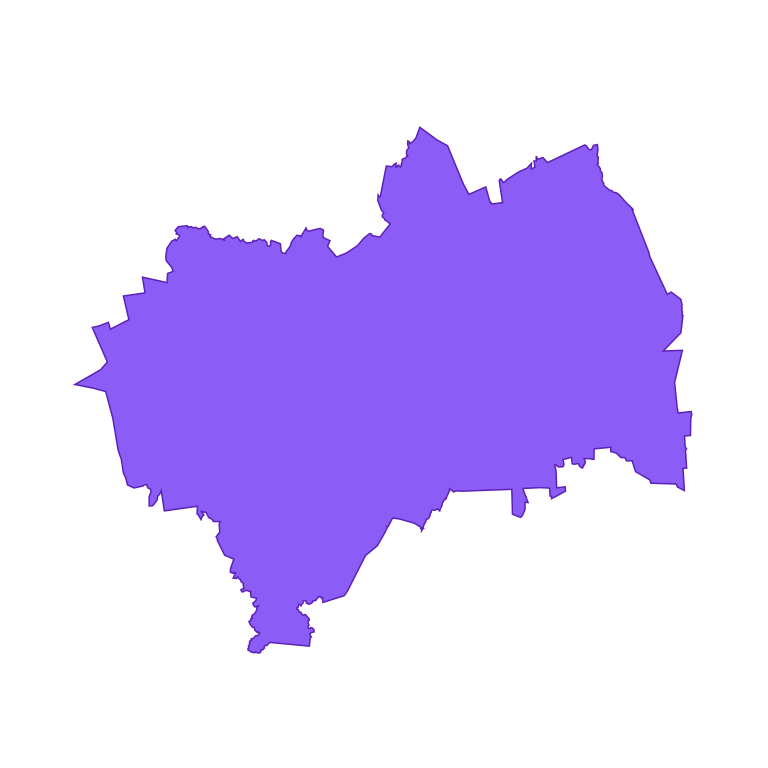 Guanajuato, Guanajuato, Mexico (Robinson projection), rotated 262°
{"feature_id": "50627088B24984367263380", "entity_name": "Guanajuato", "entity_type": "district", "adm_level": 2, "iso_a3": "MEX", "parent_name": "Mexico", "parent_adm1": "Guanajuato", "projection": "robinson", "projection_center": [-101.294, 21.026], "detail": "fine", "context": "isolated", "style": "filled", "palette": "violet", "viewbox_px": 768, "rotation_deg": 262, "n_neighbors": 0, "source": "geoboundaries", "source_scale": "gbopen_adm2", "svg_char_len": 6109}
<svg xmlns="http://www.w3.org/2000/svg" viewBox="0 0 768 768"><g transform="rotate(262 384 384)"><path d="M200.1,213.6L198.0,214.3L197.8,216.0L198.5,216.8L198.7,219.4L197.1,222.2L197.4,222.9L196.5,223.4L195.7,222.8L191.6,222.7L189.5,228.2L187.2,226.7L185.3,223.6L182.9,224.1L181.2,225.2L181.8,228.7L179.8,226.8L179.0,227.0L175.9,225.1L174.2,223.4L173.5,221.4L171.2,220.4L170.4,221.0L169.9,219.4L168.0,219.3L168.0,217.6L167.4,217.2L164.4,218.1L161.3,220.1L160.8,221.7L158.0,221.9L155.3,224.2L156.2,224.6L154.5,226.4L153.0,225.0L152.4,223.6L152.6,222.0L150.1,218.8L150.2,217.2L149.4,217.4L148.2,216.5L148.6,215.9L146.5,214.6L145.3,215.1L143.7,213.3L141.4,213.4L141.0,212.5L139.5,212.3L136.9,215.5L135.8,218.6L136.6,219.7L135.2,221.6L135.0,223.6L136.0,224.8L138.0,225.5L137.7,227.0L139.1,228.7L139.5,228.4L141.0,229.3L141.5,230.1L141.3,231.5L144.0,234.8L134.8,273.6L142.5,275.5L143.6,276.8L146.4,275.6L148.0,277.3L148.2,280.2L150.4,280.5L152.5,278.9L153.0,277.4L152.0,276.2L152.7,275.0L154.6,275.0L155.5,276.1L158.1,275.5L159.8,276.1L160.5,277.2L161.9,277.2L166.7,274.0L166.2,272.4L166.8,271.2L169.7,269.7L170.2,268.2L172.4,267.8L173.3,266.3L174.8,266.7L174.7,267.8L177.9,269.1L176.8,270.4L175.2,270.9L176.8,271.2L178.5,273.5L180.0,273.4L180.8,274.1L180.1,276.4L177.6,276.9L176.3,279.2L177.2,282.2L179.2,283.6L178.9,284.7L179.6,287.0L181.1,288.0L182.7,291.0L180.7,292.3L181.1,293.3L176.2,293.1L179.9,315.2L184.3,319.2L216.7,341.8L224.8,354.9L237.6,364.9L241.3,367.1L242.6,366.7L242.3,368.3L250.1,373.9L248.2,380.4L242.1,394.4L235.8,402.1L236.2,399.6L235.2,401.2L233.5,400.8L235.4,402.6L238.5,403.6L242.3,406.5L243.3,406.5L244.4,407.8L244.3,409.0L247.2,411.3L249.3,411.7L249.8,412.6L252.1,413.5L252.4,414.6L251.9,417.1L253.0,419.3L250.5,421.5L253.2,422.6L254.9,424.2L258.7,425.5L259.0,426.5L260.3,426.9L262.4,429.3L261.9,429.4L269.0,433.9L271.2,434.4L267.5,437.8L268.1,440.5L267.0,446.4L261.9,495.9L237.2,493.1L232.9,500.6L234.2,502.6L240.1,506.2L247.4,507.2L246.5,510.2L260.7,507.0L261.2,507.5L259.7,523.7L257.9,533.5L249.9,532.9L249.6,534.2L247.1,534.0L252.6,548.8L256.9,549.2L257.2,540.5L274.0,542.3L280.3,541.8L279.7,543.6L278.4,544.1L277.5,545.5L277.2,549.9L279.6,551.1L284.2,550.7L285.3,559.4L278.8,559.3L278.2,560.6L278.0,565.8L275.3,566.1L273.1,568.7L275.2,570.5L276.0,570.1L276.8,571.7L279.0,572.6L282.3,571.8L281.2,578.6L280.7,579.0L280.2,581.4L290.5,583.1L289.8,599.8L285.6,599.1L283.2,604.5L278.3,608.2L277.3,612.6L274.1,613.4L273.5,619.0L262.2,620.9L252.1,633.8L248.6,634.5L244.3,659.5L241.2,660.2L236.7,666.6L258.9,668.4L258.6,672.0L275.9,673.3L278.1,674.6L279.1,673.6L281.4,673.6L290.8,674.4L290.3,680.3L307.7,683.1L310.7,684.5L314.0,684.4L314.4,671.3L319.5,671.0L345.1,672.0L375.8,684.2L377.8,665.1L393.4,685.1L410.4,689.6L410.9,688.7L414.2,689.6L415.9,689.1L417.3,689.8L419.5,689.5L420.9,690.2L426.6,689.7L435.1,681.1L433.3,677.0L473.3,664.9L477.5,664.6L522.4,653.9L522.1,654.9L522.5,654.8L529.9,649.0L538.8,643.2L541.2,640.5L542.0,637.7L543.9,636.4L544.4,634.5L549.8,629.5L552.4,629.4L555.5,628.1L559.8,629.3L563.2,629.2L564.7,628.0L567.2,628.2L571.9,625.8L572.8,627.0L573.8,626.7L578.9,627.8L580.4,626.7L586.3,628.5L591.4,628.6L591.2,624.8L587.1,621.9L587.6,619.6L591.8,617.5L592.8,616.0L580.5,576.8L586.2,572.8L585.1,567.7L588.5,566.4L583.5,565.8L584.0,563.6L577.6,563.6L576.5,559.7L582.0,560.7L577.8,555.6L575.3,546.9L569.6,534.6L567.6,532.0L567.1,530.1L570.8,528.3L570.9,527.7L569.4,526.4L547.1,526.7L547.3,516.3L547.9,515.3L549.1,515.2L549.2,514.3L565.0,512.2L560.0,494.5L570.6,490.5L611.1,480.1L618.2,470.6L633.2,455.2L623.4,450.0L620.0,446.3L618.7,443.3L617.7,443.0L620.7,442.6L621.3,441.4L618.4,440.8L614.3,441.3L612.1,439.0L609.0,438.3L606.3,439.0L606.6,438.1L604.8,437.0L604.2,433.7L603.4,432.9L602.1,433.3L599.2,431.6L597.3,431.9L597.9,431.6L596.4,430.5L597.6,429.8L597.8,428.6L598.7,428.8L598.3,427.8L597.1,427.1L597.1,426.3L597.5,426.7L598.7,425.9L600.9,426.9L600.2,424.6L598.1,422.3L599.5,416.6L570.1,406.4L570.1,405.4L572.0,404.5L566.5,403.4L556.6,405.6L553.3,407.6L551.9,405.9L549.6,405.7L547.7,407.5L546.0,407.9L544.9,409.6L541.6,412.3L530.0,400.3L532.8,392.6L534.3,392.5L535.0,390.7L531.0,384.0L524.8,377.2L518.9,364.9L516.4,354.7L527.7,347.5L529.2,347.8L533.4,350.5L536.8,345.2L538.8,343.9L544.4,345.5L545.7,344.8L545.7,343.8L547.0,342.4L545.8,330.4L547.7,328.7L549.3,328.5L541.5,322.2L542.4,321.9L543.4,318.4L540.2,314.6L537.2,312.0L533.4,310.3L528.6,305.5L527.1,305.1L527.7,301.8L529.6,300.6L537.4,300.9L541.9,292.4L540.6,291.4L537.2,291.0L536.4,288.9L537.6,287.6L540.4,287.7L543.6,285.4L542.9,283.8L545.3,280.4L543.5,277.5L543.6,275.9L544.4,275.1L544.2,274.3L542.6,273.2L542.8,267.4L545.3,264.9L546.7,264.9L546.7,264.0L545.1,261.7L550.3,259.1L549.1,254.5L552.9,251.4L550.0,245.4L548.8,245.8L550.9,242.0L550.9,237.7L552.4,234.5L553.6,233.6L553.3,232.6L554.9,232.2L556.0,233.0L557.0,230.9L559.4,231.3L565.2,228.4L564.9,226.2L563.5,225.1L563.9,224.3L563.2,222.4L565.4,219.3L565.0,216.7L566.5,215.4L566.7,212.9L566.0,211.7L568.1,211.3L568.4,202.2L565.1,198.5L562.9,199.7L561.4,199.1L560.7,201.1L559.2,202.2L558.6,202.0L554.8,198.4L555.0,197.8L556.3,197.5L555.0,193.7L548.7,188.0L540.5,185.6L536.5,185.5L528.9,190.0L525.3,190.7L524.8,190.5L523.6,185.1L514.6,183.2L523.4,159.7L507.5,160.0L507.4,138.2L483.2,140.3L476.4,120.7L483.4,119.6L481.1,109.7L480.6,103.0L444.3,113.1L437.6,105.4L426.5,77.8L420.2,95.8L415.3,107.3L387.9,110.7L355.5,111.5L345.8,113.4L332.5,113.5L327.1,115.1L319.6,116.0L315.8,122.1L316.6,131.5L317.5,132.6L317.4,134.8L313.9,135.8L312.2,138.2L309.5,138.2L305.1,135.7L295.8,134.5L295.7,137.7L296.2,138.8L300.9,143.3L304.8,144.5L305.7,146.2L309.4,148.6L288.9,148.8L288.9,182.3L281.3,180.8L280.6,181.7L275.2,183.9L278.1,185.5L279.3,187.4L283.9,185.0L282.5,187.0L281.5,190.1L277.2,191.4L275.7,192.3L274.0,195.0L271.6,195.8L270.6,202.5L267.8,201.2L260.2,200.7L256.0,196.5L253.2,197.6L252.5,197.1L236.6,202.4L231.4,210.9L222.8,206.4L218.9,205.6L217.4,208.6L218.5,209.4L217.5,210.7L212.8,207.6L211.9,210.5L213.4,212.1L211.1,213.4L211.1,214.2L208.1,215.0L206.0,217.1L204.2,216.5L201.4,217.0L200.1,213.6Z" fill="#8b5cf6" stroke="#5b21b6" stroke-width="1.5"/></g></svg>